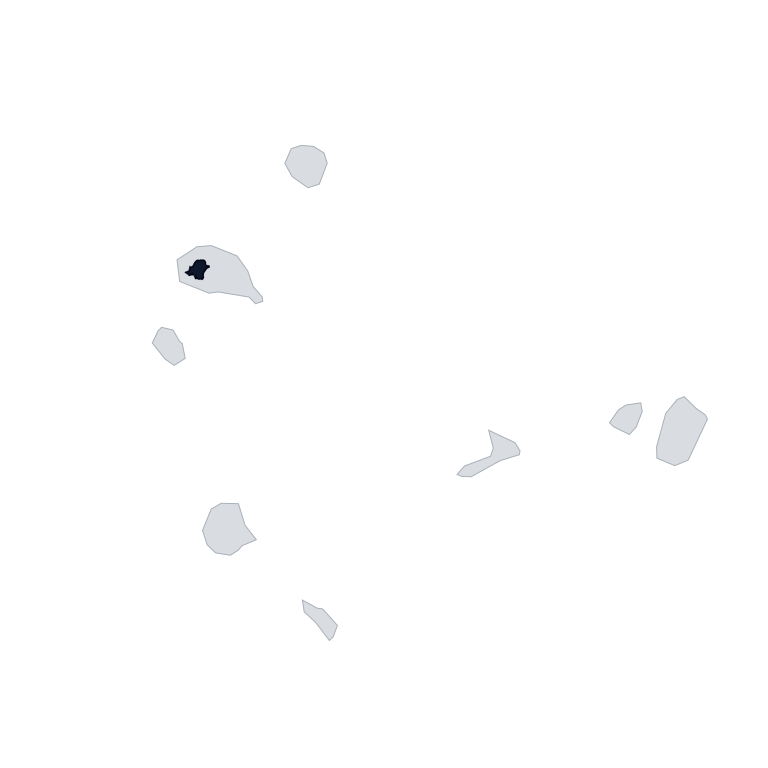 location of Sao Nicolau Tolentino, São Domingos, Cabo Verde, rotated 143°
{"feature_id": "66160863B10929768356041", "entity_name": "Sao Nicolau Tolentino", "entity_type": "district", "adm_level": 2, "iso_a3": "CPV", "parent_name": "Cabo Verde", "parent_adm1": "São Domingos", "projection": "robinson", "projection_center": [-23.566, 15.021], "detail": "fine", "context": "in_parent", "style": "filled", "palette": "ink", "viewbox_px": 768, "rotation_deg": 143, "n_neighbors": 0, "source": "geoboundaries", "source_scale": "gbopen_adm2", "svg_char_len": 4992}
<svg xmlns="http://www.w3.org/2000/svg" viewBox="0 0 768 768"><g transform="rotate(143 384 384)"><path d="M485.5,588.8L474.6,607.7L450.8,606.2L438.6,598.4L424.3,574.7L424.8,556.4L429.8,540.5L428.9,526.7L431.0,523.0L438.3,525.4L439.5,534.7L461.1,557.4L469.1,561.9L485.5,588.8ZM176.6,191.0L159.2,195.2L151.9,193.2L149.5,176.8L146.0,166.1L146.8,161.3L186.8,140.2L200.9,143.8L210.7,160.5L204.0,169.9L176.6,191.0ZM579.7,336.5L594.7,340.3L600.4,338.9L609.9,339.8L620.1,350.5L622.0,362.0L617.0,376.3L597.2,388.1L585.8,386.7L572.3,376.0L580.0,354.8L579.7,336.5ZM330.4,619.9L316.4,627.8L306.6,624.4L297.4,616.3L292.9,604.6L296.5,594.5L315.4,582.6L326.6,586.5L332.6,604.9L330.4,619.9ZM370.2,257.5L377.6,263.5L380.1,267.8L369.1,270.1L342.4,262.2L335.3,267.0L328.2,284.0L314.7,258.3L315.6,248.8L318.5,246.1L337.4,252.9L370.2,257.5ZM532.5,562.4L527.5,563.1L520.0,553.9L521.7,541.1L520.8,537.7L527.4,524.1L540.4,525.2L543.8,535.4L544.4,556.2L532.5,562.4ZM227.2,217.3L212.5,222.2L203.4,221.6L190.3,214.4L194.5,206.5L208.6,197.8L218.4,196.0L226.3,211.5L227.2,217.3ZM584.9,250.0L579.2,260.5L572.2,245.0L568.4,241.4L566.5,219.2L576.9,212.6L582.0,212.1L582.1,235.0L584.9,250.0Z" fill="#d9dde1" stroke="#a8b0b8" stroke-width="1"/><path d="M466.4,577.2L466.2,577.2L465.8,577.1L465.6,577.1L465.4,577.1L465.2,577.2L465.0,577.4L464.9,577.5L464.6,577.5L464.3,577.6L464.3,577.8L464.1,578.0L463.9,578.1L463.7,578.4L463.6,578.5L463.4,578.8L463.4,579.3L463.6,579.3L463.4,579.5L463.2,579.7L463.1,579.8L462.9,580.1L462.7,580.1L462.5,580.3L462.4,580.4L462.2,580.4L462.1,580.6L462.0,580.8L461.5,581.2L461.4,581.3L461.2,581.4L460.8,581.5L460.5,581.8L460.4,581.8L460.2,582.0L459.9,582.1L459.7,582.0L459.4,582.1L459.1,582.1L458.8,582.2L458.8,582.3L458.7,582.4L458.4,582.5L458.1,582.6L457.9,582.7L457.7,582.7L457.3,582.7L457.3,582.9L457.3,583.2L457.2,583.3L456.9,583.4L456.7,583.4L456.4,583.2L456.1,583.2L456.1,583.3L455.9,583.4L455.8,583.5L455.7,583.4L455.4,583.1L455.2,583.1L455.0,582.9L454.8,583.0L454.5,582.9L454.2,582.9L453.8,583.0L453.6,582.9L453.4,582.7L453.3,582.8L453.1,583.0L452.9,583.1L452.8,583.5L452.9,583.8L453.0,583.9L453.3,583.9L453.4,584.0L453.5,584.0L453.7,584.3L453.7,584.5L453.8,584.5L454.0,584.5L454.2,584.4L454.3,584.3L454.4,584.5L454.5,584.8L454.6,585.0L454.6,585.3L454.6,585.6L454.7,586.2L454.5,586.8L454.6,587.0L454.4,587.4L454.2,587.5L453.9,587.9L453.8,588.0L453.7,588.1L453.5,588.3L453.5,588.5L453.6,588.8L453.5,589.0L453.4,589.0L453.2,589.5L453.5,589.8L453.5,590.1L453.3,590.2L453.1,590.4L453.4,590.9L453.4,591.0L453.5,591.1L453.8,591.7L453.9,591.8L454.0,591.8L454.3,592.1L454.7,592.2L455.1,592.4L455.5,592.4L455.6,592.7L455.6,593.1L455.8,593.2L456.0,593.3L456.2,593.2L456.4,593.2L456.4,593.3L456.6,593.4L456.8,593.6L457.2,593.8L457.5,594.1L457.9,594.6L458.2,594.7L458.7,595.1L459.1,595.2L459.6,595.2L459.8,595.0L460.0,595.1L460.3,595.1L460.6,595.0L461.3,594.9L461.5,594.8L461.8,594.8L462.0,594.6L462.3,594.6L462.6,594.4L462.8,594.4L463.1,594.2L463.3,594.2L463.4,593.9L463.5,593.9L464.1,593.6L464.3,593.6L464.5,593.6L464.8,593.3L465.0,593.1L465.4,593.2L465.6,593.0L465.8,593.0L465.9,592.9L466.0,592.9L466.3,592.8L466.7,592.9L466.9,593.1L467.1,593.1L467.3,593.1L467.6,593.4L467.7,593.5L467.9,593.6L468.2,593.4L468.3,593.4L468.4,593.6L468.4,593.8L468.5,593.9L468.5,594.0L468.6,593.9L468.8,593.9L469.0,593.8L469.0,593.7L469.0,593.4L469.0,593.2L469.3,593.0L469.3,592.9L469.2,592.9L469.5,592.6L469.5,592.4L469.9,592.4L470.0,592.4L470.3,592.7L470.5,592.5L470.6,592.4L470.6,592.1L471.0,591.8L471.3,591.8L471.5,591.8L471.7,591.7L471.6,591.3L471.7,591.2L471.9,591.4L472.1,591.5L472.3,591.5L472.5,591.6L473.0,591.9L473.4,591.7L473.5,592.0L473.8,592.0L474.1,592.0L474.4,592.1L474.5,592.2L474.8,592.3L474.9,592.5L475.0,592.6L475.3,592.6L475.3,592.3L475.2,592.0L475.1,591.9L474.9,591.9L475.0,591.6L474.9,591.4L474.7,591.1L474.5,590.8L474.5,590.7L474.7,590.4L474.6,590.1L474.4,590.0L474.2,589.9L474.1,589.6L474.0,589.4L473.6,589.2L473.5,588.9L473.5,588.7L473.4,588.6L473.4,588.4L473.3,588.2L473.5,587.8L473.7,587.7L473.8,587.7L473.7,587.6L473.4,587.6L473.1,587.7L472.9,587.7L472.6,587.8L472.3,587.6L472.1,587.7L472.0,587.4L471.8,587.4L471.7,587.3L471.6,587.0L471.4,586.9L471.4,587.0L471.2,587.1L471.3,586.9L471.2,586.9L470.8,586.8L470.3,586.6L470.2,586.5L470.3,586.3L470.4,586.2L470.5,586.0L470.3,586.0L470.2,585.9L470.0,585.7L469.9,585.6L469.7,585.3L469.5,585.1L469.5,584.9L469.4,584.5L469.3,584.4L469.2,584.3L469.2,584.1L469.1,583.9L469.8,583.8L470.0,583.8L470.2,583.7L470.4,583.7L470.6,583.7L470.7,583.4L470.5,583.1L470.4,583.0L470.4,582.8L470.4,582.6L470.5,582.3L470.6,582.2L471.0,581.7L470.9,581.5L470.7,581.5L470.4,581.4L470.3,581.2L470.1,581.2L470.0,581.3L469.8,581.2L469.7,581.0L469.4,581.1L469.3,580.8L469.2,580.6L469.2,580.4L469.2,580.0L469.0,579.7L468.9,579.5L468.8,579.3L468.7,579.2L468.4,579.0L468.2,579.1L467.9,578.9L467.7,578.8L466.9,578.7L466.7,578.7L466.5,578.4L466.6,578.1L466.8,577.8L466.7,577.7L466.4,577.5L466.4,577.4L466.4,577.2Z" fill="#0f172a" stroke="#020617" stroke-width="1.5"/></g></svg>